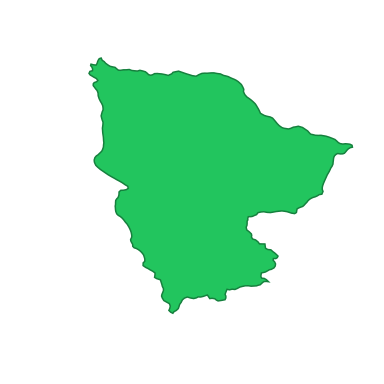 Taiobeiras, Minas Gerais, Brazil, rotated 289°
{"feature_id": "56859067B11506596439375", "entity_name": "Taiobeiras", "entity_type": "district", "adm_level": 2, "iso_a3": "BRA", "parent_name": "Brazil", "parent_adm1": "Minas Gerais", "projection": "equal_earth", "projection_center": [-42.062, -15.819], "detail": "fine", "context": "isolated", "style": "filled", "palette": "green", "viewbox_px": 384, "rotation_deg": 289, "n_neighbors": 0, "source": "geoboundaries", "source_scale": "gbopen_adm2", "svg_char_len": 5039}
<svg xmlns="http://www.w3.org/2000/svg" viewBox="0 0 384 384"><g transform="rotate(289 192 192)"><path d="M289.1,62.5L287.9,60.9L286.4,60.5L284.8,60.3L282.7,60.4L280.8,60.0L280.2,57.5L280.0,54.9L278.5,55.0L277.5,56.7L275.9,58.0L274.3,58.4L272.8,56.2L270.6,56.0L269.5,57.6L269.1,59.7L268.6,61.9L268.2,64.5L266.9,66.7L265.2,65.9L263.6,63.9L262.1,63.4L260.4,64.0L259.3,65.7L258.1,67.4L257.1,69.2L255.1,70.9L252.4,72.0L250.0,73.8L247.9,75.9L246.4,77.7L244.5,79.5L242.3,80.6L240.5,81.2L238.9,81.0L236.8,81.1L234.4,81.3L232.5,82.5L230.9,83.6L229.1,85.1L227.2,85.7L225.4,86.1L223.2,86.5L221.1,87.4L219.2,88.2L217.4,89.1L215.3,90.2L213.2,91.1L211.5,91.8L209.9,92.6L207.8,93.0L205.6,93.6L203.6,93.6L201.7,93.5L200.0,92.8L198.3,91.9L196.5,91.0L195.0,89.8L192.9,89.0L190.4,89.1L188.6,89.9L187.3,91.0L185.9,92.4L184.8,94.7L183.5,98.0L182.6,101.3L181.7,104.5L181.0,107.1L180.5,109.6L180.1,111.7L179.7,114.1L179.2,116.5L178.7,119.7L178.1,122.9L177.1,126.4L176.5,129.4L174.7,130.5L172.9,129.2L171.4,126.7L170.4,124.1L168.3,123.0L166.8,123.5L165.2,123.9L162.7,123.9L161.1,123.1L159.2,122.6L157.3,123.1L155.5,123.7L153.6,124.0L152.1,124.7L150.2,125.5L148.6,126.4L146.8,128.0L145.9,129.9L145.5,132.1L144.7,134.2L143.5,136.4L141.9,138.7L140.4,141.3L138.2,143.9L136.8,145.3L135.6,146.4L134.2,147.5L132.6,148.5L130.6,149.5L128.9,149.7L127.2,149.4L125.9,150.0L124.6,151.3L123.2,152.9L121.3,153.7L120.4,155.5L120.5,157.6L120.1,159.9L119.4,162.1L118.4,164.2L116.9,166.5L115.3,167.8L113.3,169.2L111.1,169.9L109.1,168.9L106.5,169.7L105.6,172.8L105.3,175.5L104.8,177.5L104.3,180.7L103.4,183.4L101.5,184.0L99.1,184.4L98.6,186.7L98.7,190.7L94.8,193.6L93.1,194.7L91.4,196.4L89.5,197.1L87.3,197.0L85.4,196.9L83.7,197.1L82.0,198.5L80.2,200.7L79.6,204.0L79.1,206.9L77.1,208.6L74.7,208.9L72.5,208.7L71.4,211.0L71.1,213.4L72.9,213.9L74.9,215.7L77.3,217.0L79.8,217.0L81.6,216.9L84.2,217.7L86.8,218.0L89.2,219.4L91.2,221.8L91.3,225.0L91.8,228.3L93.4,230.7L94.8,231.9L95.5,234.3L97.0,236.7L98.2,238.2L99.6,240.0L98.5,241.6L97.0,243.5L98.0,245.5L98.5,248.3L97.8,250.1L97.5,252.1L99.0,255.0L100.9,258.3L102.8,258.5L104.6,257.9L106.0,256.6L108.3,256.6L111.4,256.8L111.7,259.3L113.2,261.6L113.8,264.3L115.6,266.3L117.7,268.2L118.9,270.0L120.6,272.8L121.7,275.8L122.2,278.6L123.4,281.5L124.3,283.6L125.5,285.1L126.5,286.7L128.4,287.7L130.6,289.0L131.6,291.2L132.1,293.5L133.3,290.9L133.8,288.4L133.2,286.0L134.4,284.7L135.8,284.3L138.1,284.0L139.3,286.0L140.3,287.5L142.4,289.4L143.7,290.5L144.7,292.2L146.9,294.2L149.1,294.8L151.2,294.4L152.8,292.9L153.9,290.9L155.6,290.6L156.3,292.9L157.7,294.0L159.4,294.2L160.5,291.9L161.3,290.0L161.9,288.0L163.0,285.4L162.3,282.4L162.7,279.9L164.7,278.8L166.6,277.9L165.7,275.1L164.9,272.7L166.3,270.7L167.4,267.7L167.3,264.7L168.7,262.9L170.4,262.6L171.7,261.8L172.9,259.3L174.0,256.1L176.3,254.7L178.5,254.8L180.4,254.3L182.3,253.6L183.8,253.9L185.2,253.3L187.0,253.3L187.8,255.6L188.7,257.2L190.1,258.6L191.6,260.4L193.9,261.1L195.5,263.6L196.7,266.3L197.2,269.7L198.1,272.9L199.6,275.6L200.9,277.9L202.1,280.4L203.4,283.2L203.9,285.7L204.3,288.0L204.4,290.0L204.4,292.8L205.0,296.1L206.6,297.4L208.5,297.1L210.0,296.8L211.5,297.9L212.9,299.5L214.4,301.4L216.0,302.3L217.7,303.0L219.8,304.0L221.5,304.5L223.3,305.5L224.8,306.7L226.1,308.0L227.6,310.1L229.2,311.8L230.9,313.1L232.2,315.5L235.2,315.7L236.9,314.3L238.8,313.7L240.6,313.5L242.8,313.5L245.7,313.7L250.0,314.1L252.3,314.3L254.2,314.7L256.3,315.1L258.3,315.3L260.2,315.5L261.8,316.0L264.3,316.2L266.2,315.7L267.8,315.4L269.4,315.0L271.0,314.8L272.7,315.0L274.6,316.0L275.8,317.2L276.3,319.9L277.2,322.2L278.3,323.5L280.2,324.3L282.4,325.1L283.9,325.9L285.4,327.2L286.6,329.1L288.3,328.1L288.6,325.8L288.2,323.8L287.6,321.4L286.4,318.9L286.0,316.2L286.4,314.2L287.3,312.3L288.2,310.1L288.4,306.9L288.5,303.9L288.4,300.5L288.0,298.0L287.6,295.5L286.6,292.9L285.8,290.1L285.6,287.6L285.3,285.3L286.4,283.2L287.4,281.5L288.2,278.5L289.0,275.5L288.8,271.1L287.3,268.7L286.3,266.7L284.5,264.8L283.0,262.7L282.6,260.3L282.2,258.1L282.2,256.1L283.1,252.9L284.4,250.3L285.9,247.9L287.2,245.7L288.1,244.1L288.4,241.6L288.0,238.0L287.9,235.5L288.3,233.2L288.7,231.1L290.2,229.7L291.9,228.0L293.5,226.1L294.9,224.5L296.0,223.0L297.1,220.7L298.1,218.3L298.9,215.9L299.7,213.0L301.3,210.2L303.6,208.0L306.0,207.5L307.9,205.7L309.7,203.7L310.7,201.4L311.4,199.7L312.0,197.5L312.3,195.3L312.4,193.2L312.6,190.8L312.9,188.8L312.8,186.7L312.5,183.9L312.9,180.5L312.2,177.0L311.8,174.1L311.1,172.0L310.4,170.3L309.2,167.6L308.5,165.3L307.4,162.8L305.2,160.3L302.8,158.2L302.1,154.4L302.0,150.7L301.9,148.3L301.9,145.5L301.9,142.9L301.9,140.0L300.3,137.2L299.0,135.1L297.2,134.4L295.9,133.0L294.5,131.6L294.3,128.7L293.8,125.1L293.2,122.6L292.7,120.5L291.7,118.0L290.2,116.7L289.0,115.1L288.8,112.8L289.7,111.0L290.5,108.8L290.4,106.2L290.1,103.1L288.6,101.0L288.0,98.6L287.3,95.5L287.4,92.8L286.2,90.2L285.1,87.2L283.8,84.8L283.2,82.8L283.9,80.8L284.8,78.7L284.4,75.7L284.2,73.4L284.8,71.0L285.6,68.4L286.7,66.5L287.3,64.2L289.1,62.5Z" fill="#22c55e" stroke="#15803d" stroke-width="1.5"/></g></svg>